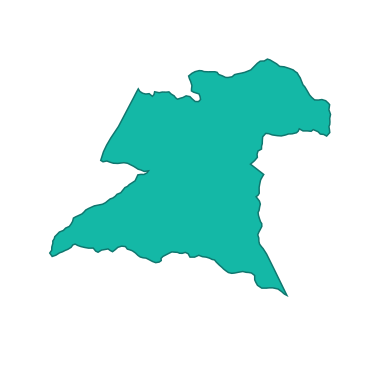 Ipu, Ceará, Brazil (Natural Earth projection), rotated 80°
{"feature_id": "56859067B13578671451293", "entity_name": "Ipu", "entity_type": "district", "adm_level": 2, "iso_a3": "BRA", "parent_name": "Brazil", "parent_adm1": "Ceará", "projection": "natural_earth1", "projection_center": [-40.662, -4.382], "detail": "fine", "context": "isolated", "style": "filled", "palette": "teal", "viewbox_px": 384, "rotation_deg": 80, "n_neighbors": 0, "source": "geoboundaries", "source_scale": "gbopen_adm2", "svg_char_len": 3639}
<svg xmlns="http://www.w3.org/2000/svg" viewBox="0 0 384 384"><g transform="rotate(80 192 192)"><path d="M81.1,227.0L83.8,229.2L88.8,233.0L95.0,237.8L114.8,253.1L124.6,262.5L131.1,268.0L137.0,272.2L145.0,276.4L146.8,274.4L146.7,270.5L148.5,267.4L150.0,264.5L151.0,260.0L151.1,257.4L151.3,254.0L152.5,250.5L154.5,247.8L156.5,245.1L158.4,243.0L160.2,241.1L161.4,238.6L163.5,235.4L163.6,231.2L165.3,232.9L166.4,236.3L165.8,239.1L165.7,242.3L171.1,246.1L172.4,249.1L173.8,252.5L175.3,254.6L176.0,257.3L178.2,259.8L180.4,262.3L181.2,266.2L183.0,268.5L184.2,271.1L184.6,273.8L185.9,276.2L187.5,279.0L188.5,282.3L188.6,286.0L188.7,290.6L190.2,296.5L191.3,299.8L193.0,301.9L194.5,304.2L195.6,308.3L196.3,311.0L197.1,313.3L200.2,314.7L202.6,316.7L204.6,318.8L205.6,322.8L207.5,325.3L208.4,329.6L210.6,332.6L212.2,334.9L214.3,335.9L216.1,337.6L218.3,337.9L221.8,339.6L225.0,340.3L227.4,342.7L231.2,340.9L230.6,337.0L228.9,333.0L228.4,329.9L227.5,327.0L226.9,324.2L225.5,320.7L223.4,318.5L223.0,316.1L224.7,314.0L226.4,311.0L228.0,307.3L229.3,303.7L230.1,299.0L233.5,297.1L235.0,295.0L233.5,291.2L233.5,287.4L233.5,284.5L235.6,282.5L237.0,280.6L235.4,277.5L233.6,274.6L233.1,270.7L234.2,267.0L237.0,265.6L238.2,263.2L239.5,261.0L242.2,258.3L245.1,256.2L247.0,254.3L248.3,251.6L249.1,248.8L251.1,246.1L253.6,242.9L255.3,240.0L255.3,236.5L254.2,234.2L252.0,234.0L250.4,231.8L249.2,228.0L248.3,225.1L247.5,222.3L248.3,219.3L248.9,216.8L250.2,214.8L250.7,212.1L250.3,209.1L252.1,206.5L255.8,205.3L256.6,200.8L255.5,196.3L257.5,193.0L258.6,189.3L260.2,186.2L261.9,183.9L262.8,181.6L265.2,180.3L268.7,177.8L271.4,175.6L273.4,174.2L275.3,172.5L277.6,170.2L279.0,167.0L279.2,164.0L279.1,160.1L279.1,155.8L280.5,152.6L281.1,150.2L282.1,147.5L285.1,144.8L289.4,145.5L291.8,144.9L295.3,143.7L298.8,140.0L299.6,135.3L299.8,132.5L300.4,129.2L301.4,126.7L302.5,124.1L305.4,121.3L308.6,118.7L310.3,116.5L282.1,124.6L266.1,129.3L260.1,131.8L257.9,133.1L255.1,134.5L252.2,134.7L248.9,134.2L245.6,134.7L242.9,133.0L240.8,131.3L238.0,129.2L235.2,128.8L233.2,129.7L230.0,130.2L226.7,130.6L223.7,130.5L221.7,129.1L218.5,128.0L215.8,126.8L212.6,127.2L209.9,128.6L207.8,129.7L206.7,127.6L204.9,126.0L202.2,125.6L199.2,125.1L196.4,124.1L194.1,123.2L192.0,122.3L189.2,120.1L187.2,118.3L174.7,129.6L173.5,127.4L171.9,124.8L169.2,121.6L166.2,121.4L163.1,119.9L161.8,116.1L158.8,115.5L156.6,114.4L153.2,113.7L149.9,112.8L147.1,109.2L147.9,106.2L149.7,103.1L151.3,98.3L152.3,94.3L152.1,90.0L151.6,86.9L152.1,83.4L151.8,78.8L150.5,76.8L148.4,75.4L151.1,72.1L151.8,68.1L152.9,64.1L151.6,61.8L154.5,57.4L157.2,55.6L158.2,52.3L160.3,49.7L157.4,46.0L154.2,45.8L151.4,45.8L149.4,44.6L146.9,44.0L143.4,43.6L139.7,42.1L134.8,42.9L129.9,41.3L127.9,42.5L125.3,44.5L123.5,48.0L123.4,51.7L122.6,55.3L119.6,57.7L117.0,59.3L113.7,60.5L110.7,61.6L107.9,62.7L105.7,64.1L101.9,64.9L98.4,65.6L95.3,66.9L93.0,67.7L91.3,69.5L89.3,71.2L87.0,75.1L84.7,79.5L83.5,83.9L80.5,86.4L78.7,88.5L75.5,92.2L74.2,94.7L75.5,98.1L75.0,102.1L76.6,105.3L82.0,112.9L82.5,115.3L83.3,119.3L83.5,122.3L83.6,127.1L83.8,129.7L85.5,132.5L85.5,136.6L85.0,139.0L82.9,141.9L80.9,145.3L78.5,146.5L77.5,148.7L76.8,152.9L76.4,155.4L75.5,159.3L74.3,161.3L73.7,163.8L74.0,168.0L75.1,171.5L77.2,175.2L80.3,174.8L82.5,174.2L87.2,173.6L90.1,174.5L92.3,175.0L93.9,173.2L95.2,170.8L96.6,168.1L99.3,167.5L102.4,167.5L104.1,169.9L103.4,173.2L100.3,175.7L97.7,177.5L96.3,181.1L97.4,184.7L97.6,187.3L98.1,190.2L96.3,191.8L94.2,192.9L91.9,195.5L89.4,197.3L89.2,200.0L88.4,203.9L88.5,207.1L86.8,211.4L89.4,212.5L90.9,214.4L87.7,217.1L87.5,220.5L86.2,223.4L83.9,225.9L81.1,227.0Z" fill="#14b8a6" stroke="#0f766e" stroke-width="1.5"/></g></svg>